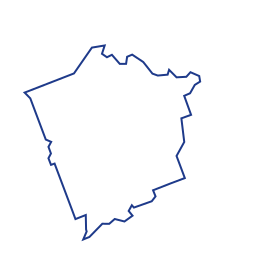 Talbot, Georgia, United States of America (Albers equal-area conic projection), rotated 339°
{"feature_id": "52423323B20787176465292", "entity_name": "Talbot", "entity_type": "district", "adm_level": 2, "iso_a3": "USA", "parent_name": "United States of America", "parent_adm1": "Georgia", "projection": "albers", "projection_center": [-84.515, 32.7], "detail": "fine", "context": "isolated", "style": "outline", "palette": "blue", "viewbox_px": 256, "rotation_deg": 339, "n_neighbors": 0, "source": "geoboundaries", "source_scale": "gbopen_adm2", "svg_char_len": 807}
<svg xmlns="http://www.w3.org/2000/svg" viewBox="0 0 256 256"><g transform="rotate(339 128 128)"><path d="M44.2,57.9L47.4,65.3L47.1,109.3L51.3,113.4L47.0,117.1L46.9,124.2L42.9,127.7L42.9,134.8L46.7,134.9L46.4,184.4L46.3,194.2L57.4,194.1L52.5,207.7L52.3,209.8L46.3,216.0L52.9,215.9L69.7,208.2L76.2,210.7L83.0,208.2L91.2,214.0L100.8,211.5L98.9,205.7L103.9,201.5L105.0,204.4L123.9,204.9L129.2,201.7L129.1,195.1L148.6,195.0L163.1,195.1L163.3,171.5L175.5,161.2L181.3,138.1L191.6,138.3L192.0,118.1L198.4,117.8L205.8,111.7L212.0,110.5L213.1,105.0L206.3,98.3L200.8,101.1L191.5,98.1L187.2,88.4L184.1,92.4L174.6,89.7L170.3,86.0L165.9,71.9L158.2,61.0L152.7,61.2L149.2,67.4L143.3,65.2L139.2,53.9L133.7,54.4L130.3,49.4L135.8,42.6L123.1,40.0L97.1,57.7L44.2,57.9Z" fill="none" stroke="#1e3a8a" stroke-width="2"/></g></svg>